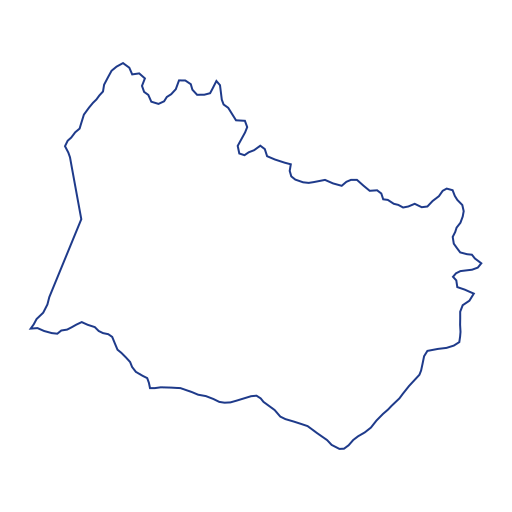 Ipuã, São Paulo, Brazil
{"feature_id": "56859067B38100119221339", "entity_name": "Ipuã", "entity_type": "district", "adm_level": 2, "iso_a3": "BRA", "parent_name": "Brazil", "parent_adm1": "São Paulo", "projection": "mercator", "projection_center": [-48.055, -20.411], "detail": "fine", "context": "isolated", "style": "outline", "palette": "blue", "viewbox_px": 512, "rotation_deg": 0, "n_neighbors": 0, "source": "geoboundaries", "source_scale": "gbopen_adm2", "svg_char_len": 2560}
<svg xmlns="http://www.w3.org/2000/svg" viewBox="0 0 512 512"><path d="M30.7,328.6L37.5,328.1L44.1,331.0L51.8,333.1L57.3,333.7L61.3,330.5L67.1,329.6L71.6,327.3L76.4,324.6L81.7,322.1L87.7,324.8L94.8,327.1L98.7,331.0L103.0,333.1L108.3,334.2L112.2,336.9L114.9,343.5L117.5,349.7L121.3,352.8L125.8,357.3L130.1,362.0L132.1,367.0L135.9,371.9L142.6,375.8L147.2,378.1L148.9,382.8L150.0,388.1L155.0,388.1L160.8,387.3L171.0,387.6L176.0,387.9L180.4,388.1L192.2,392.2L198.1,394.7L205.9,396.1L213.4,399.0L219.3,401.9L224.5,402.7L230.4,402.4L236.4,400.7L251.1,396.2L256.5,395.7L260.7,398.4L263.5,401.9L274.6,410.0L280.3,416.6L285.4,419.1L293.9,421.6L301.0,423.9L307.6,426.1L317.2,433.2L327.1,440.1L331.6,444.9L339.4,448.9L344.0,448.7L348.7,445.2L353.3,439.9L358.2,436.2L364.8,432.4L370.9,427.6L376.5,420.5L383.1,413.8L388.1,409.5L391.4,406.0L399.4,398.4L402.9,393.7L409.1,385.9L419.4,374.8L421.1,370.5L422.5,364.0L424.1,356.2L427.4,350.9L438.0,348.9L446.5,347.9L453.8,345.6L459.3,342.1L460.1,336.6L460.5,331.9L460.1,324.8L460.2,318.6L460.2,311.7L462.7,305.2L469.4,300.7L473.8,293.6L469.4,291.7L464.7,289.6L457.3,287.1L456.3,280.4L453.0,276.8L456.0,273.3L460.4,271.1L467.0,270.3L472.1,269.7L477.8,267.6L481.3,263.3L474.9,258.5L471.9,254.7L467.0,254.2L460.2,252.4L456.8,247.9L453.8,243.7L452.7,236.9L455.2,232.0L456.6,227.6L460.4,222.8L462.7,216.6L463.7,211.2L462.3,205.0L457.3,199.9L454.8,195.9L452.6,190.2L446.7,188.6L442.7,190.8L438.9,196.2L432.6,201.0L427.4,206.5L421.7,207.2L414.7,203.8L408.3,206.5L403.1,207.5L398.3,204.9L393.8,203.8L387.8,199.9L383.2,199.3L381.3,193.5L377.1,190.3L369.7,190.8L363.4,185.6L357.0,179.9L350.9,179.9L346.4,181.8L341.7,185.8L333.0,183.4L325.0,179.9L313.7,182.1L308.7,182.9L303.1,182.3L295.3,179.6L291.3,176.4L289.7,170.9L290.8,164.3L284.7,162.7L274.9,159.5L267.1,156.2L264.8,149.1L260.3,145.7L254.1,150.2L248.7,152.3L244.5,155.2L239.3,153.5L237.7,145.9L245.1,132.4L247.2,127.1L244.9,120.8L236.0,120.3L228.2,107.8L223.6,104.5L221.8,99.7L220.0,85.2L216.4,81.0L212.5,88.7L210.1,93.2L204.4,94.7L197.1,94.8L192.4,89.7L190.8,84.2L185.3,80.5L179.0,80.4L175.8,89.2L171.2,94.2L166.8,97.0L164.1,101.3L158.5,103.9L151.3,101.7L148.3,94.9L144.1,91.9L142.0,85.9L144.9,78.4L139.2,73.4L132.2,74.4L129.3,67.7L123.0,63.1L116.6,66.6L111.6,70.7L108.2,76.9L104.1,84.7L103.0,91.5L99.4,95.4L96.4,99.5L93.0,102.8L89.1,107.5L83.9,114.6L81.1,123.6L79.6,128.6L75.2,132.3L71.2,137.6L67.7,140.7L65.0,146.2L68.3,152.5L70.0,157.3L71.4,165.1L81.3,219.2L49.3,297.1L47.4,304.5L43.2,312.7L36.6,319.0L33.7,324.4L30.7,328.6Z" fill="none" stroke="#1e3a8a" stroke-width="2"/></svg>